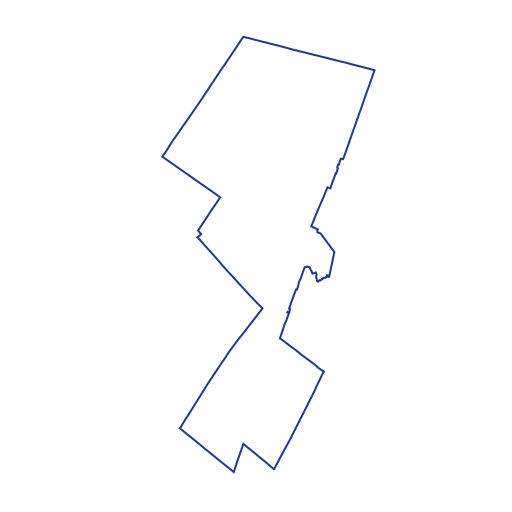 Boldu, Buzau, Romania, rotated 5°
{"feature_id": "2599482B96550802380663", "entity_name": "Boldu", "entity_type": "district", "adm_level": 2, "iso_a3": "ROU", "parent_name": "Romania", "parent_adm1": "Buzau", "projection": "albers", "projection_center": [27.244, 45.287], "detail": "fine", "context": "isolated", "style": "outline", "palette": "blue", "viewbox_px": 512, "rotation_deg": 5, "n_neighbors": 0, "source": "geoboundaries", "source_scale": "gbopen_adm2", "svg_char_len": 4774}
<svg xmlns="http://www.w3.org/2000/svg" viewBox="0 0 512 512"><g transform="rotate(5 256 256)"><path d="M195.8,433.1L195.6,433.6L195.4,433.9L195.3,434.1L195.2,434.3L195.4,434.4L195.5,434.5L196.0,434.8L196.8,435.4L197.3,435.7L198.4,436.4L199.8,437.4L204.7,440.8L205.4,441.2L206.0,441.6L208.7,443.4L214.5,447.3L216.0,448.3L222.3,452.8L223.5,453.5L229.1,457.3L232.5,459.6L241.5,465.7L245.6,468.4L252.0,472.7L252.7,473.2L254.3,466.5L254.8,464.1L255.3,461.7L256.4,457.7L259.0,447.6L259.4,445.7L259.8,444.3L261.5,445.5L268.5,450.2L277.1,456.1L285.3,461.7L286.0,462.2L289.2,464.5L289.9,465.0L291.2,465.9L291.9,466.4L292.0,466.5L292.3,466.7L292.4,466.8L292.5,466.8L292.6,466.7L292.9,466.1L293.3,465.0L293.8,463.8L294.3,462.7L295.1,460.8L297.5,455.1L298.5,452.8L302.7,443.0L305.2,437.6L311.6,421.5L313.0,418.0L318.9,403.3L324.5,389.1L326.2,385.0L326.6,383.6L327.4,381.1L328.6,378.1L331.7,370.0L331.9,369.5L332.1,368.8L333.1,366.4L333.7,365.1L331.6,364.1L331.3,364.1L330.9,363.8L329.3,362.8L327.0,361.5L326.8,361.1L326.2,360.6L322.6,358.2L310.7,350.9L304.4,346.7L302.2,345.3L299.0,343.4L293.8,340.1L290.4,338.0L289.6,337.4L288.0,336.5L287.0,336.0L288.3,330.8L288.8,328.7L289.6,325.5L289.8,324.4L289.8,324.1L290.3,321.8L290.5,321.4L290.9,320.2L291.2,319.5L291.5,318.7L292.3,315.6L292.7,314.1L293.3,312.0L293.8,309.9L292.2,309.5L292.4,308.8L294.1,309.2L294.4,306.7L294.6,305.8L293.5,305.4L293.6,304.8L294.3,302.8L295.2,298.9L296.3,295.1L297.4,290.9L298.7,286.1L299.0,285.6L299.7,285.8L300.2,284.2L300.5,282.7L300.6,282.2L300.7,281.6L300.9,279.4L300.9,279.0L301.1,278.5L301.4,277.6L301.6,276.7L301.8,276.1L302.2,275.3L302.6,274.0L305.4,263.0L307.1,262.6L307.7,262.0L309.1,262.4L309.6,262.2L310.5,262.6L311.5,264.6L312.4,266.0L313.3,267.3L313.3,267.9L313.9,268.6L316.1,267.8L316.9,267.2L317.3,267.9L317.7,268.6L317.9,268.9L317.9,269.4L318.0,269.9L317.7,271.5L318.1,272.7L318.7,274.3L319.1,275.6L319.6,276.1L320.2,276.2L321.1,274.7L321.4,274.6L322.1,274.8L323.6,273.7L323.4,273.6L325.0,271.9L326.5,271.9L327.2,271.6L328.2,270.1L328.5,269.0L329.3,269.2L329.5,270.3L330.1,270.4L330.6,269.6L330.8,269.7L330.9,268.8L333.7,245.2L318.5,228.0L317.3,227.5L315.8,227.3L315.6,227.2L315.1,226.9L315.0,226.4L314.9,226.2L314.9,225.4L315.3,224.2L308.5,221.7L311.1,213.1L311.9,210.4L315.6,198.8L317.0,194.8L318.4,190.7L319.3,187.6L321.2,181.4L321.7,181.5L324.2,182.1L325.7,175.8L326.3,173.8L327.6,168.9L328.1,166.8L328.7,166.9L329.0,165.8L329.7,162.7L329.8,162.2L329.7,162.0L329.9,161.5L329.5,161.3L329.2,160.9L329.5,159.2L329.8,157.9L330.5,157.9L332.0,151.7L334.3,152.0L334.5,151.2L335.5,147.6L336.5,143.9L337.4,140.2L338.4,136.5L339.3,132.7L341.2,125.4L345.3,109.6L349.8,92.1L351.9,83.7L352.3,82.4L354.4,74.3L356.8,64.7L357.6,61.8L357.9,60.6L357.4,60.5L355.1,60.1L352.8,59.7L350.4,59.3L346.4,58.6L342.3,57.9L336.6,57.0L334.6,56.7L328.3,55.5L324.7,55.0L321.4,54.5L296.7,50.6L292.8,50.0L286.0,48.9L275.0,47.2L266.0,45.6L261.1,44.7L236.8,40.8L231.6,39.9L230.2,39.6L227.2,39.2L226.2,39.0L224.5,38.8L224.3,38.8L224.2,38.9L223.5,40.1L220.4,45.7L217.5,51.1L215.9,54.0L210.8,63.2L209.4,65.8L208.8,66.9L207.2,69.7L206.4,70.8L206.2,71.3L205.6,72.5L204.9,73.7L203.9,75.6L203.2,76.8L202.8,77.6L202.4,78.4L202.1,78.7L201.2,80.5L200.0,82.6L199.3,83.9L198.6,85.3L198.0,86.4L196.7,88.6L196.0,90.1L192.5,96.6L192.1,97.4L190.5,100.2L189.2,102.5L189.1,102.9L187.2,106.2L183.7,112.4L175.3,127.2L173.9,129.6L172.6,131.8L172.4,132.1L171.6,133.4L171.1,134.3L169.6,137.0L169.2,137.6L169.0,138.1L168.4,139.3L168.2,139.7L168.1,139.8L167.7,140.5L167.4,141.1L166.7,142.2L166.5,142.5L165.3,144.5L164.8,145.4L163.1,148.2L162.6,149.3L162.0,150.4L160.1,154.0L158.7,156.8L158.2,157.8L156.0,161.9L155.2,163.2L154.1,165.3L155.6,166.1L157.8,167.4L159.9,168.6L161.5,169.5L168.4,173.5L184.6,182.9L198.6,191.0L202.2,193.0L212.6,199.1L215.2,200.7L210.6,209.1L209.3,211.3L207.3,214.9L201.6,225.5L196.5,234.9L196.1,235.6L196.2,235.9L198.6,238.2L199.1,238.5L199.3,238.8L199.4,239.0L199.3,239.3L199.0,239.6L198.0,240.7L196.0,242.6L196.3,242.8L197.4,243.8L199.5,245.6L201.9,247.9L212.6,257.9L213.9,259.0L215.0,260.1L216.2,261.3L216.3,261.3L224.3,269.2L225.6,270.4L227.2,271.9L228.5,273.1L232.4,276.6L234.3,278.3L236.2,280.1L238.4,282.1L241.7,285.2L245.5,288.6L249.9,292.7L253.7,296.2L256.2,298.3L258.0,299.9L262.4,303.7L265.2,306.1L267.0,307.6L261.6,316.1L258.9,320.3L256.1,324.6L254.1,327.8L251.2,332.3L246.0,340.0L244.2,343.0L241.4,347.5L240.0,349.7L236.4,355.8L235.0,358.5L234.4,359.8L231.3,365.2L228.5,370.2L224.4,377.7L223.5,379.5L221.9,382.3L221.1,383.7L219.7,386.4L218.5,388.5L217.2,391.2L216.3,393.1L215.1,395.3L215.0,395.6L214.5,396.5L212.5,400.5L210.4,404.5L209.7,405.9L208.0,409.3L207.1,411.1L205.1,415.0L202.0,421.1L200.3,424.2L198.5,427.8L197.8,429.3L196.2,432.4L195.8,433.1Z" fill="none" stroke="#1e3a8a" stroke-width="2"/></g></svg>